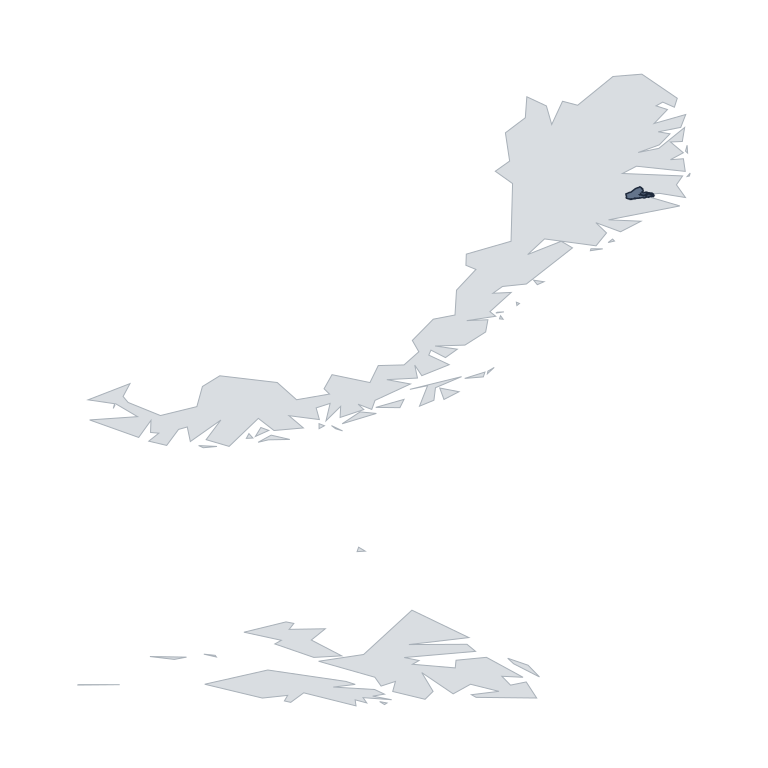 Stryn nor, Sogn og Fjordane, Norway shown in context, rotated 183°
{"feature_id": "86288312B20375787798731", "entity_name": "Stryn nor", "entity_type": "district", "adm_level": 2, "iso_a3": "NOR", "parent_name": "Norway", "parent_adm1": "Sogn og Fjordane", "projection": "natural_earth1", "projection_center": [6.614, 61.822], "detail": "fine", "context": "in_parent", "style": "filled", "palette": "slate", "viewbox_px": 768, "rotation_deg": 183, "n_neighbors": 0, "source": "geoboundaries", "source_scale": "gbopen_adm2", "svg_char_len": 7096}
<svg xmlns="http://www.w3.org/2000/svg" viewBox="0 0 768 768"><g transform="rotate(183 384 384)"><path d="M470.5,363.7L437.9,371.1L443.6,376.1L436.4,390.6L398.1,384.7L390.7,402.1L365.0,404.1L350.9,418.0L358.0,429.0L338.2,451.3L316.7,456.6L316.5,481.5L298.2,503.2L308.4,506.8L308.6,518.0L264.6,533.2L266.1,590.9L284.0,602.3L270.2,613.2L275.9,641.2L256.8,657.3L256.4,678.3L236.4,670.2L230.1,651.9L220.5,675.7L205.2,672.5L171.4,703.1L142.7,706.9L106.1,684.7L108.5,675.6L120.4,680.1L126.9,676.0L115.3,672.9L127.9,658.3L96.8,668.9L101.1,655.8L123.4,650.2L111.5,648.8L121.6,637.2L142.3,628.5L121.9,633.7L97.2,655.9L98.8,641.8L110.6,640.7L97.2,630.6L109.7,623.0L96.8,624.6L94.3,612.1L143.3,614.7L156.9,606.7L96.7,607.4L102.4,598.2L92.7,586.0L118.7,588.8L135.9,586.3L97.9,577.3L168.4,559.7L135.9,560.0L155.8,548.4L180.9,556.2L169.7,546.5L179.5,533.1L231.3,537.3L247.3,520.8L214.5,535.8L202.9,529.8L247.1,491.3L270.8,487.6L280.0,480.3L261.8,482.1L282.0,461.8L276.0,457.5L304.7,451.6L283.6,453.6L285.2,441.3L305.2,427.1L335.0,424.6L312.6,422.6L324.0,413.6L338.9,420.3L340.8,415.2L319.9,406.7L346.7,394.3L354.3,404.5L350.9,391.7L381.4,388.5L357.6,385.4L392.1,367.2L394.9,358.0L408.8,362.5L402.8,357.4L426.1,348.3L426.1,359.4L440.0,344.2L436.8,361.8L450.5,356.6L446.7,345.1L477.3,347.4L462.2,335.9L491.4,331.8L507.7,343.1L535.4,313.6L558.7,319.1L545.0,339.5L574.4,316.4L578.2,330.8L586.8,327.9L597.8,311.3L615.9,314.6L606.3,323.1L614.6,323.4L614.8,335.5L626.2,317.8L676.1,332.7L628.4,338.5L650.7,350.1L678.7,352.7L637.7,371.1L643.9,357.9L638.6,352.2L605.6,340.8L569.7,351.6L565.2,372.0L548.4,383.6L490.7,379.9L470.5,363.7ZM326.5,71.3L359.2,77.4L357.0,87.6L371.1,82.2L377.8,90.7L434.8,103.7L390.2,112.8L344.3,159.6L286.0,135.2L345.5,125.1L287.5,128.4L278.6,121.8L349.5,111.9L334.5,109.7L340.9,105.6L298.0,104.2L297.6,111.9L267.4,116.4L229.8,98.4L251.0,98.3L241.9,89.9L226.4,93.9L215.1,78.4L275.6,75.9L280.4,78.3L253.1,83.1L281.9,88.7L298.7,78.2L331.2,97.8L318.9,79.6L326.5,71.3ZM395.1,61.1L448.0,71.4L460.5,61.2L466.9,62.3L463.9,68.0L489.0,64.0L547.3,74.8L485.1,92.3L406.5,85.0L397.0,82.5L418.8,78.7L377.3,78.4L367.3,74.3L379.0,71.7L359.8,69.1L388.5,69.7L384.5,64.6L396.3,67.1L395.1,61.1ZM439.8,107.3L479.4,118.7L473.1,122.7L510.9,128.8L469.4,141.3L461.5,140.2L465.9,134.0L429.8,136.5L443.2,124.5L412.0,110.3L439.8,107.3ZM340.4,384.6L357.9,380.0L306.9,395.4L332.4,383.0L333.3,370.4L347.4,363.7L340.4,384.6ZM366.9,361.2L391.0,360.2L363.2,369.7L366.9,361.2ZM390.1,354.2L423.7,342.1L406.4,354.9L390.1,354.2ZM213.4,99.6L239.9,111.4L246.1,116.6L225.4,110.7L213.4,99.6ZM323.3,371.7L328.1,382.9L308.7,380.2L323.3,371.7ZM506.7,319.2L494.0,327.0L475.1,323.7L496.5,322.2L506.7,319.2ZM509.7,324.9L504.7,334.1L496.6,331.6L509.7,324.9ZM285.2,396.3L303.7,393.8L283.8,401.2L285.2,396.3ZM673.2,67.8L632.2,69.9L674.5,67.3L673.2,67.8ZM579.0,98.0L603.5,99.6L566.9,100.9L579.0,98.0ZM547.5,312.9L561.1,310.9L565.9,312.8L547.5,312.9ZM518.6,322.5L516.3,327.4L512.1,323.2L518.6,322.5ZM446.5,336.0L446.8,341.0L441.3,339.2L446.5,336.0ZM402.1,215.2L400.8,219.7L394.0,216.1L402.1,215.2ZM549.8,104.8L538.4,104.2L537.1,102.6L549.8,104.8ZM236.1,491.2L240.0,495.5L229.6,494.5L236.1,491.2ZM422.9,335.0L430.0,336.8L434.3,339.7L422.9,335.0ZM366.7,63.9L371.7,66.6L364.3,65.6L366.7,63.9ZM184.4,529.9L172.6,530.4L184.9,527.9L184.4,529.9ZM167.6,537.0L163.3,540.7L161.3,538.8L167.6,537.0ZM280.9,402.3L274.8,406.3L281.3,399.6L280.9,402.3ZM95.1,632.4L93.8,638.3L92.9,630.5L95.1,632.4ZM271.2,458.3L268.4,454.9L272.1,455.1L271.2,458.3ZM653.1,345.4L652.2,349.4L651.6,348.7L653.1,345.4ZM274.7,461.6L268.0,462.3L276.0,460.7L274.7,461.6ZM255.4,469.3L256.1,472.6L252.9,471.5L255.4,469.3ZM92.1,607.1L89.3,610.7L89.9,607.7L92.1,607.1Z" fill="#d9dde1" stroke="#a8b0b8" stroke-width="1"/><path d="M150.7,582.0L150.2,582.0L149.8,581.7L149.1,581.7L148.1,581.7L147.9,581.2L147.0,581.3L147.2,581.5L146.8,581.8L146.7,581.8L146.4,581.9L146.0,581.8L145.9,581.8L145.7,581.8L144.1,582.0L144.3,582.1L144.1,582.3L143.8,582.6L143.6,582.7L143.3,582.8L142.6,582.7L142.1,582.7L141.9,582.8L141.3,582.6L141.2,582.6L140.5,582.8L140.2,583.0L139.8,582.8L139.2,583.0L138.8,583.0L138.7,583.0L138.5,583.4L138.0,583.2L137.5,583.2L137.4,583.2L137.2,583.3L136.9,583.5L136.7,583.5L136.3,583.7L136.1,583.7L135.9,583.7L135.6,583.7L135.3,583.7L135.1,583.7L134.9,583.6L134.3,583.4L134.1,583.4L133.9,583.5L133.4,583.5L133.2,583.6L132.9,583.7L132.8,583.8L132.7,583.8L132.4,584.0L132.2,584.3L131.9,584.4L131.7,584.3L131.4,584.4L131.4,584.5L131.2,584.4L130.9,584.4L130.7,584.5L130.4,584.6L130.2,584.5L130.1,584.4L129.8,584.3L129.2,584.3L129.1,584.5L129.1,584.8L129.0,585.0L129.1,585.4L128.1,585.4L127.9,585.4L127.6,585.3L127.3,585.1L126.8,585.1L126.5,585.3L126.3,585.4L126.2,585.4L125.7,585.3L125.1,585.4L125.0,585.2L124.6,585.3L124.5,585.5L124.6,585.9L124.6,586.2L124.7,586.4L124.7,586.6L124.8,586.6L125.1,586.6L125.7,586.5L126.1,586.5L126.3,586.5L126.5,586.6L126.8,586.7L127.0,586.8L127.2,587.0L127.3,587.1L127.6,587.1L127.8,587.2L127.8,587.3L128.0,587.4L128.3,587.4L128.6,587.5L128.9,587.5L129.3,587.5L130.6,587.4L130.9,587.4L131.0,587.3L131.1,587.0L131.1,586.9L131.2,586.5L131.2,586.4L131.3,586.4L131.5,586.2L132.0,585.9L132.4,585.8L132.9,585.8L133.1,585.8L133.1,585.7L133.5,585.6L134.1,585.8L134.4,585.8L134.6,585.8L134.9,585.7L135.1,585.4L135.3,585.3L135.5,585.3L135.3,585.3L135.3,585.5L135.4,585.9L135.8,586.0L136.6,586.0L136.8,586.1L137.0,586.2L137.2,586.3L137.4,586.3L137.6,586.3L137.9,586.1L138.0,586.1L138.4,586.1L138.5,586.2L138.6,586.3L138.2,586.3L138.1,586.5L137.9,586.5L137.9,586.8L137.8,587.0L137.7,587.2L137.8,587.2L137.7,587.2L137.7,587.3L137.6,587.2L137.4,586.9L137.2,586.7L136.9,586.6L136.7,586.5L136.5,586.4L136.3,586.4L136.1,586.4L135.6,586.3L135.4,586.3L135.2,586.2L134.9,586.2L134.5,586.2L134.4,586.2L134.1,586.2L133.9,586.2L133.6,586.1L133.3,586.2L133.2,586.2L133.1,586.3L132.6,586.3L132.4,586.3L132.2,586.4L132.3,586.5L132.7,586.6L133.0,586.7L133.0,586.8L132.9,586.9L132.9,587.0L132.7,587.1L132.4,587.3L132.0,587.4L131.8,587.5L131.7,587.6L131.5,587.8L131.3,587.9L131.0,588.1L130.8,588.2L130.6,588.2L130.1,588.3L130.1,588.2L130.0,588.3L129.7,588.3L129.3,588.2L129.2,588.2L128.5,588.1L128.3,588.1L128.2,588.0L127.5,587.9L127.3,587.8L127.3,587.7L127.2,587.7L126.8,587.6L126.7,587.5L126.7,587.4L126.4,587.2L126.2,587.2L125.9,587.1L125.7,587.0L125.5,586.9L125.2,586.9L125.1,587.0L124.7,587.0L124.8,587.1L125.2,587.1L125.1,587.3L125.5,587.3L125.6,587.5L125.4,588.1L125.9,588.4L126.0,588.5L126.5,588.7L126.9,588.7L127.2,588.6L128.1,588.7L128.3,588.7L128.5,588.7L128.7,588.8L129.9,588.8L130.4,588.9L131.1,589.0L131.3,589.2L131.5,589.2L131.7,589.3L131.9,589.2L131.9,589.3L132.3,589.3L132.5,589.3L133.3,589.1L134.6,588.4L136.1,588.6L136.4,588.8L136.5,589.1L136.4,589.3L136.3,589.5L135.8,589.6L135.2,590.3L135.5,591.0L135.6,591.5L135.9,591.8L136.1,592.0L136.0,592.5L137.0,592.7L137.0,592.8L137.0,593.1L137.0,593.4L138.8,594.3L140.0,593.5L140.9,593.3L143.2,592.2L147.2,588.7L147.7,588.4L149.1,588.1L151.5,586.8L152.2,586.7L152.3,585.6L151.6,584.3L151.9,582.9L151.7,582.5L151.7,582.4L151.4,582.2L151.1,582.2L150.7,582.0Z" fill="#64748b" stroke="#1e293b" stroke-width="1.5"/></g></svg>